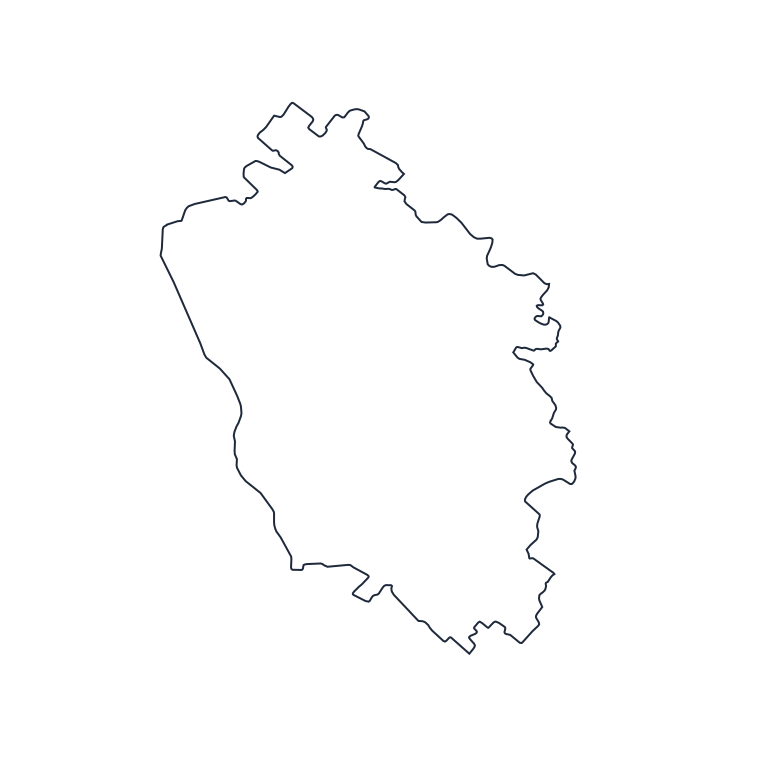 SVG path tracing the border of Stavropol', rotated 218°
{"feature_id": "RUS-2306", "entity_name": "Stavropol'", "entity_type": "Territory", "adm_level": 1, "iso_a3": "RUS", "parent_name": "Russia", "parent_adm1": "", "projection": "orthographic", "projection_center": [43.1, 44.947], "detail": "fine", "context": "isolated", "style": "outline", "palette": "slate", "viewbox_px": 768, "rotation_deg": 218, "n_neighbors": 0, "source": "natural_earth", "source_scale": "10m", "svg_char_len": 6166}
<svg xmlns="http://www.w3.org/2000/svg" viewBox="0 0 768 768"><g transform="rotate(218 384 384)"><path d="M200.9,221.3L205.1,221.6L207.6,220.8L211.0,218.5L246.4,223.9L250.1,225.3L252.3,227.3L253.3,229.7L254.5,229.8L258.8,226.6L259.6,224.9L259.7,223.0L259.1,216.0L259.2,215.0L259.5,214.1L261.6,211.6L262.3,209.9L262.2,207.5L261.7,204.7L262.1,203.0L265.0,201.6L278.3,199.0L279.1,199.2L279.7,199.9L279.8,202.0L278.9,208.9L278.1,212.6L277.2,221.8L277.4,222.7L278.1,223.2L279.7,223.3L295.1,220.7L299.0,220.6L300.9,219.4L316.0,205.2L319.5,204.3L321.9,204.2L323.5,203.5L333.9,194.6L335.4,192.9L335.9,191.7L334.3,188.8L334.1,187.3L334.5,186.7L341.7,181.3L342.8,181.2L343.6,181.6L344.6,182.6L349.3,189.2L351.0,190.9L371.0,199.5L377.9,201.5L380.6,203.0L383.3,205.0L385.3,207.1L391.0,214.4L392.1,215.4L394.9,216.6L414.1,222.1L433.2,222.3L440.5,223.9L448.1,227.4L450.0,229.0L453.6,234.2L458.3,236.8L460.7,239.5L466.0,246.9L470.5,250.7L472.4,254.2L474.1,259.8L474.7,263.7L477.0,270.8L478.3,273.2L482.7,278.0L484.9,279.8L492.7,284.4L508.7,292.6L522.9,295.1L540.2,295.3L543.7,296.7L553.7,302.9L612.7,334.9L639.0,347.6L640.1,349.3L642.4,353.9L653.7,369.9L654.4,372.1L653.0,375.7L653.2,375.9L646.8,385.3L644.3,387.6L644.1,388.3L647.6,398.5L647.8,401.1L647.4,403.8L644.0,409.3L624.1,433.7L622.7,434.1L619.6,432.9L618.7,432.9L617.8,433.4L614.6,436.7L613.7,437.1L607.9,437.4L606.4,438.0L605.5,440.1L605.4,442.5L605.7,443.6L606.7,444.9L606.8,445.5L606.7,446.1L603.8,448.1L603.1,449.1L602.6,450.8L602.0,454.4L601.9,457.8L603.2,458.6L621.3,460.6L622.1,460.9L624.1,463.2L626.6,467.1L627.0,468.7L626.5,471.2L622.6,480.6L621.3,481.5L619.1,482.3L606.5,484.9L598.3,488.5L591.9,489.2L589.2,497.5L589.4,498.4L589.9,499.1L591.4,499.6L606.6,499.7L608.6,500.5L609.5,501.6L611.4,502.1L613.1,501.7L615.1,499.4L616.0,499.2L634.6,500.3L635.9,501.0L636.5,502.1L636.7,503.6L636.6,505.9L635.6,509.7L635.1,514.0L635.8,527.8L630.2,530.4L629.5,531.3L629.2,532.5L629.0,534.6L630.0,543.9L629.9,548.0L629.6,548.8L628.9,549.4L627.6,549.6L605.5,550.0L603.7,549.6L602.4,548.7L601.9,547.2L601.9,541.1L601.5,539.4L599.8,538.8L587.8,539.0L587.0,539.4L586.2,540.2L585.3,542.0L584.8,545.6L585.0,548.0L585.6,549.1L587.7,550.3L588.0,551.0L588.0,565.0L587.7,566.0L587.1,566.9L585.9,567.7L580.9,568.4L579.5,569.8L579.6,575.9L579.2,578.3L577.0,581.4L575.0,583.6L572.9,584.9L567.2,586.8L561.0,585.6L559.9,584.5L559.8,583.4L560.0,582.6L562.3,579.3L562.2,578.4L560.9,575.9L560.0,573.4L557.9,565.4L557.2,563.9L556.5,563.4L547.8,561.0L545.0,559.6L543.0,559.2L541.3,559.4L539.3,560.7L510.6,565.4L507.8,565.1L506.1,563.6L504.4,562.8L500.6,562.0L497.6,561.8L498.3,553.2L499.0,550.6L500.0,549.4L503.9,547.0L505.6,543.2L507.1,542.6L510.8,542.2L512.2,541.5L512.7,539.8L512.7,533.8L512.5,533.3L512.0,533.3L508.5,535.0L505.5,537.1L503.2,538.3L501.1,540.2L499.9,541.0L497.2,541.8L496.2,542.8L495.2,544.6L494.3,545.2L484.0,545.2L482.2,544.4L481.2,542.0L480.2,540.5L477.0,539.6L466.9,539.6L465.4,539.1L463.1,536.8L461.7,536.1L454.2,534.8L450.8,536.7L442.0,544.0L441.3,545.0L440.2,548.2L439.5,552.2L438.3,556.9L437.1,558.2L435.4,559.1L434.3,559.4L429.1,559.5L422.1,558.7L408.5,555.2L403.7,555.0L400.2,555.8L397.8,557.6L390.7,564.3L388.7,565.0L387.4,564.7L385.6,562.0L384.1,558.1L383.1,554.5L381.7,548.5L380.3,546.1L376.0,542.2L373.7,541.9L371.4,542.5L369.2,544.3L366.4,548.6L364.1,550.6L363.1,551.0L361.7,551.3L348.7,551.5L345.7,552.4L340.4,555.8L334.7,563.1L331.7,563.7L319.6,562.2L317.1,562.9L315.5,564.5L313.7,561.5L313.1,558.3L313.6,552.2L313.6,549.6L313.4,548.2L313.0,547.3L312.4,546.8L308.2,545.2L307.5,544.6L307.8,543.4L311.0,541.1L311.5,540.5L311.8,539.7L310.7,538.9L308.7,538.7L304.1,539.1L303.1,538.8L302.1,537.9L301.6,537.0L301.5,535.9L301.7,534.2L304.9,532.1L305.5,531.4L305.8,530.4L305.8,528.5L305.2,527.8L304.4,527.4L300.5,527.7L297.1,528.3L294.6,529.2L293.5,530.0L292.5,531.2L292.1,532.7L292.2,533.4L292.5,534.4L294.7,537.8L294.8,538.3L286.9,539.7L284.8,539.6L281.0,538.4L279.7,537.0L279.2,533.7L278.6,532.1L277.0,529.6L275.9,526.3L275.3,525.7L273.0,524.8L273.5,521.8L271.8,519.4L272.8,513.6L273.3,512.5L274.0,512.2L275.4,512.8L276.5,512.6L277.8,511.9L281.7,507.9L284.7,506.2L285.8,505.2L286.1,504.3L286.3,502.8L286.7,502.4L294.0,500.0L295.8,499.0L297.3,497.2L301.4,495.5L302.1,494.8L302.3,494.0L301.6,488.5L295.1,487.0L292.7,487.2L288.0,489.7L281.8,491.3L278.5,491.3L278.1,490.3L278.0,486.6L277.9,485.8L276.7,484.8L271.2,482.1L264.8,479.6L257.0,478.4L253.9,477.4L250.3,476.6L245.9,476.6L243.3,476.2L241.0,474.3L235.9,472.8L233.7,471.2L232.8,469.9L232.3,465.8L230.3,460.4L230.1,458.8L230.2,457.9L229.9,457.6L229.6,456.1L229.0,455.6L228.5,455.4L222.2,455.9L218.1,458.2L216.4,459.7L214.3,460.8L208.8,460.8L208.8,456.6L207.7,454.7L205.8,454.0L198.5,453.0L197.7,452.5L196.7,449.8L196.3,449.3L192.2,448.6L191.5,448.1L190.7,446.6L189.6,440.0L189.0,438.6L187.2,437.6L183.5,437.5L181.8,436.9L181.0,435.3L180.6,432.9L176.3,429.3L175.0,427.5L174.1,424.1L174.2,421.7L174.5,420.8L175.7,419.8L184.2,418.9L186.3,418.0L188.1,416.6L193.7,408.5L195.9,404.4L201.2,391.6L202.3,386.0L202.5,382.9L202.0,380.2L201.3,379.0L200.4,378.3L181.2,377.0L180.6,376.6L179.7,375.4L177.3,368.7L176.0,366.4L174.9,365.3L171.8,363.1L168.6,358.0L168.0,355.4L169.4,347.4L169.7,341.3L165.5,339.2L162.4,336.3L161.7,336.2L160.0,338.0L158.8,338.5L134.1,339.5L132.7,339.1L133.4,337.1L133.6,334.5L133.1,328.9L134.0,327.1L133.6,326.1L131.8,324.5L130.5,321.5L130.3,320.1L130.7,317.2L131.4,315.2L131.5,313.1L129.8,310.4L128.3,309.1L122.0,305.7L121.9,297.1L121.5,295.0L120.9,294.0L120.1,293.4L115.3,291.5L113.8,290.2L113.6,288.4L114.8,280.6L115.8,266.1L116.1,264.6L117.6,263.7L130.1,264.0L134.0,262.1L135.1,262.0L135.9,262.3L136.4,262.8L137.8,265.9L138.6,266.7L139.5,266.9L146.4,266.5L149.6,265.6L150.4,264.7L150.8,263.7L151.3,259.8L151.5,256.9L151.7,256.1L152.4,255.8L159.2,256.0L162.2,255.7L162.9,254.0L163.1,247.9L162.8,247.1L162.1,246.8L159.2,246.4L158.2,245.9L157.9,245.1L158.2,243.4L160.3,239.8L160.8,238.8L161.1,237.1L160.7,236.4L159.1,235.9L153.1,234.8L151.4,234.0L150.8,232.4L150.6,230.4L150.7,224.0L175.0,225.5L175.9,225.2L176.4,224.2L176.8,220.2L177.3,218.6L179.0,218.1L194.1,219.3L197.7,220.1L200.9,221.3Z" fill="none" stroke="#1e293b" stroke-width="2"/></g></svg>